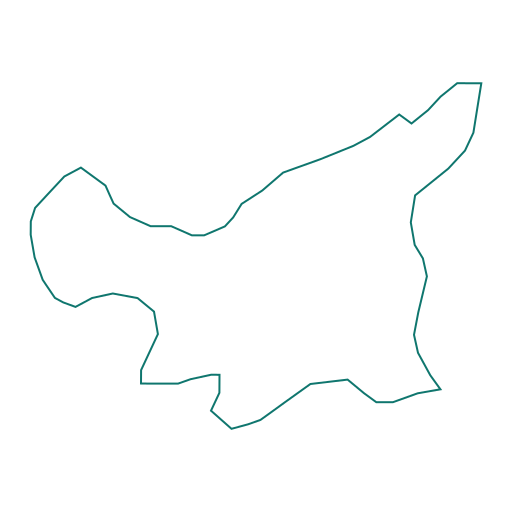 Anak, Hwanghae-namdo, North Korea (Equal Earth projection)
{"feature_id": "82179303B532613620970", "entity_name": "Anak", "entity_type": "district", "adm_level": 2, "iso_a3": "PRK", "parent_name": "North Korea", "parent_adm1": "Hwanghae-namdo", "projection": "equal_earth", "projection_center": [125.436, 38.463], "detail": "fine", "context": "isolated", "style": "outline", "palette": "teal", "viewbox_px": 512, "rotation_deg": 0, "n_neighbors": 0, "source": "geoboundaries", "source_scale": "gbopen_adm2", "svg_char_len": 1057}
<svg xmlns="http://www.w3.org/2000/svg" viewBox="0 0 512 512"><path d="M80.9,167.6L64.3,176.5L47.6,194.4L35.1,207.9L30.8,221.4L30.7,234.8L34.6,257.3L42.7,279.8L46.1,284.9L54.9,297.9L63.2,302.4L75.5,306.9L92.1,298.0L112.8,293.5L137.6,298.1L154.0,311.6L157.9,334.1L149.5,352.1L141.1,370.1L141.0,383.5L149.2,383.6L161.6,383.6L178.1,383.6L190.6,379.2L211.3,374.7L219.5,374.8L219.4,392.8L211.0,410.7L231.5,428.8L248.1,424.3L260.5,419.9L273.0,410.9L285.4,401.9L310.4,384.0L347.6,379.6L364.0,393.2L376.3,402.2L392.9,402.2L417.7,393.3L440.4,389.3L430.3,375.3L418.0,352.8L414.0,334.8L418.3,312.3L426.9,276.4L422.9,258.4L414.7,244.9L410.8,222.4L415.1,195.4L431.7,182.0L448.3,168.6L465.0,150.6L473.4,132.7L477.7,105.7L481.3,83.3L457.2,83.2L440.6,96.6L428.1,110.1L411.5,123.5L399.2,114.5L370.1,136.9L353.5,145.8L320.4,159.2L295.6,168.1L283.1,172.6L262.3,190.5L241.6,203.9L233.2,217.4L224.9,226.4L204.2,235.3L191.8,235.3L171.2,226.2L150.6,226.2L130.0,217.1L113.6,203.6L109.5,194.6L105.5,185.6L93.2,176.6L80.9,167.6Z" fill="none" stroke="#0f766e" stroke-width="2"/></svg>